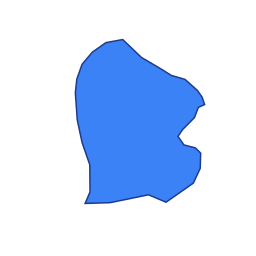 outline of Kičevo, rotated 55°
{"feature_id": "MKD-2954", "entity_name": "Kičevo", "entity_type": "Statistical Region", "adm_level": 1, "iso_a3": "MKD", "parent_name": "North Macedonia", "parent_adm1": "", "projection": "natural_earth1", "projection_center": [20.955, 41.51], "detail": "fine", "context": "isolated", "style": "filled", "palette": "blue", "viewbox_px": 256, "rotation_deg": 55, "n_neighbors": 0, "source": "natural_earth", "source_scale": "10m", "svg_char_len": 538}
<svg xmlns="http://www.w3.org/2000/svg" viewBox="0 0 256 256"><g transform="rotate(55 128 128)"><path d="M152.7,51.8L151.5,58.6L157.6,67.6L160.6,84.2L163.6,91.9L173.9,91.9L183.0,84.2L190.3,82.9L202.4,91.9L210.6,106.0L210.6,121.4L210.6,139.4L194.4,149.6L178.9,185.5L165.2,206.4L158.6,195.8L136.2,180.4L113.7,174.0L92.4,165.0L68.9,150.9L58.6,141.9L49.5,129.1L45.4,113.7L45.4,106.7L45.4,97.1L52.5,81.6L78.0,76.5L97.4,67.6L109.7,62.4L120.9,53.4L137.1,49.6L145.3,49.6L152.7,51.8Z" fill="#3b82f6" stroke="#1e3a8a" stroke-width="1.5"/></g></svg>